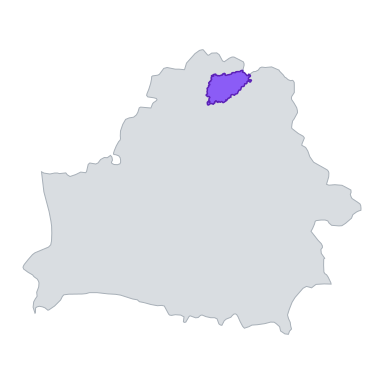 Polotsk, Vitebsk, Belarus (highlighted)
{"feature_id": "67162791B45929653886900", "entity_name": "Polotsk", "entity_type": "district", "adm_level": 2, "iso_a3": "BLR", "parent_name": "Belarus", "parent_adm1": "Vitebsk", "projection": "albers", "projection_center": [28.82, 55.497], "detail": "fine", "context": "in_parent", "style": "filled", "palette": "violet", "viewbox_px": 384, "rotation_deg": 0, "n_neighbors": 0, "source": "geoboundaries", "source_scale": "gbopen_adm2", "svg_char_len": 8658}
<svg xmlns="http://www.w3.org/2000/svg" viewBox="0 0 384 384"><path d="M331.1,284.1L324.2,283.9L316.0,284.4L311.6,287.8L306.5,286.4L303.0,288.3L295.1,297.4L292.1,302.2L289.2,309.6L287.5,315.0L288.6,318.8L290.2,322.3L290.7,326.0L291.5,329.0L289.5,331.2L288.4,334.3L284.9,333.9L280.6,331.0L279.6,326.7L276.3,323.7L274.1,322.2L270.6,322.1L264.9,323.6L257.5,324.7L251.9,325.1L248.9,326.7L244.4,328.2L242.7,326.4L240.1,321.5L238.0,316.7L236.6,314.5L235.4,313.9L233.9,314.1L232.2,315.6L230.9,317.2L226.2,319.1L224.2,320.8L221.9,325.3L220.4,325.0L218.9,323.9L217.1,318.9L214.6,317.7L210.7,317.7L205.9,316.6L202.0,315.0L200.5,315.4L198.2,317.5L195.6,317.8L190.1,315.8L189.0,316.6L185.8,322.1L184.2,322.4L183.4,321.7L184.0,316.9L180.8,315.1L175.3,314.7L171.5,315.4L169.7,315.1L168.7,314.2L164.3,306.0L161.8,305.4L157.4,305.7L150.9,304.5L143.5,302.5L139.4,301.7L137.3,299.8L132.7,299.0L120.5,295.1L115.5,294.3L108.1,293.9L96.8,292.6L89.6,292.6L86.1,293.6L82.2,294.0L68.8,294.2L63.9,294.8L62.4,296.4L60.6,300.0L54.6,306.0L48.9,309.9L47.9,310.2L44.9,307.8L42.3,306.8L39.3,306.3L37.0,306.9L35.6,307.9L35.4,312.8L35.0,313.2L33.1,307.2L33.7,301.9L35.3,298.9L37.1,296.3L36.7,292.2L38.7,286.9L39.0,282.9L38.5,281.2L37.3,279.1L34.0,276.7L32.6,274.9L28.1,272.3L23.7,269.1L23.0,267.3L23.4,266.1L24.3,264.4L28.3,259.4L32.5,254.6L35.1,252.7L48.5,247.1L50.7,244.9L51.5,241.1L51.8,233.2L51.6,226.0L50.9,221.0L49.1,211.6L43.9,191.9L41.5,171.8L44.0,173.1L49.9,174.0L54.8,173.0L57.3,173.0L59.5,173.6L65.8,172.9L67.3,174.8L70.0,176.5L75.6,174.6L80.7,172.1L85.7,172.7L86.6,171.4L88.2,164.4L89.8,163.0L95.8,164.0L98.1,162.9L100.6,159.5L104.3,157.5L107.3,157.7L110.5,155.4L111.9,157.1L112.5,160.1L111.4,162.3L111.8,163.3L113.9,164.5L117.5,164.7L119.9,163.8L120.6,162.5L120.6,160.1L120.2,157.8L118.7,155.8L115.8,154.7L113.8,154.5L113.5,153.3L114.3,150.7L116.3,145.9L118.7,141.6L120.2,140.0L120.5,138.4L120.3,135.8L120.5,131.0L122.8,124.3L125.6,119.4L129.2,117.9L133.6,117.2L136.4,114.9L137.9,112.2L139.2,107.9L140.6,107.1L150.9,108.0L152.6,103.7L153.6,102.5L155.6,101.3L157.0,99.8L156.5,98.6L153.9,97.8L147.8,96.9L146.6,95.4L147.0,93.7L148.8,89.3L150.6,83.6L151.5,79.2L151.7,76.6L152.6,75.9L157.6,75.2L159.3,74.4L163.8,68.4L167.1,67.5L175.5,69.2L179.3,69.2L184.3,69.7L184.7,69.1L186.5,63.1L195.0,53.6L199.5,50.4L202.3,49.7L203.2,49.8L207.6,55.0L208.7,55.2L211.7,53.1L216.8,52.9L219.2,54.7L222.5,60.9L224.3,61.7L229.3,58.2L232.1,57.0L233.9,57.0L243.3,61.8L244.0,63.4L244.1,65.2L242.7,70.8L244.7,74.3L247.0,76.7L251.8,72.7L253.6,71.6L255.6,71.5L258.2,70.1L260.0,67.8L261.8,67.1L265.3,67.5L271.6,66.9L279.0,70.1L279.6,71.2L283.4,75.1L284.7,77.1L285.9,77.7L288.0,79.6L290.6,80.7L292.4,80.3L293.3,80.9L294.2,82.4L294.3,85.0L294.3,92.5L291.7,96.5L291.4,97.9L291.6,99.5L293.8,102.7L296.7,107.7L297.4,110.6L297.5,112.7L293.9,119.3L292.7,120.8L292.0,124.0L291.6,127.2L291.9,128.5L298.3,133.5L303.0,136.1L304.1,137.4L304.3,138.2L302.0,143.8L301.8,145.3L305.6,147.4L307.8,151.0L309.8,156.7L313.6,162.2L327.2,169.9L328.4,171.3L328.9,173.0L328.7,176.9L326.5,184.3L328.9,185.2L334.8,184.7L342.0,185.3L350.9,190.0L351.1,192.3L350.3,194.4L351.0,196.6L352.0,198.5L359.9,203.8L360.7,205.5L361.0,208.3L360.9,210.3L358.8,210.9L356.5,212.0L352.9,214.6L351.5,218.2L345.6,223.3L341.9,225.7L338.9,225.9L331.6,225.3L329.0,223.0L327.8,220.9L325.0,220.0L321.3,220.0L316.2,220.6L315.2,221.3L314.5,224.0L312.5,228.7L311.0,231.3L317.9,240.1L321.3,243.7L322.4,245.9L322.4,247.6L320.9,249.5L321.3,253.4L324.7,258.3L323.7,259.1L323.6,265.4L323.9,272.0L324.8,273.6L326.6,274.8L328.2,277.2L330.8,282.6L331.1,284.1Z" fill="#d9dde1" stroke="#a8b0b8" stroke-width="1"/><path d="M248.9,74.2L248.4,74.8L247.4,75.5L247.0,75.6L246.5,75.1L245.6,74.0L244.8,73.1L244.0,72.5L243.6,72.4L243.0,72.4L242.6,72.1L242.6,71.6L242.8,71.0L242.8,70.5L241.9,70.4L241.2,70.6L240.8,70.8L240.4,71.1L240.0,71.5L239.8,71.5L239.7,71.6L238.6,71.6L238.0,71.6L236.3,71.7L236.1,71.8L235.7,72.0L235.6,72.5L235.4,72.6L232.7,72.6L232.4,72.8L232.3,73.0L232.1,73.1L231.9,73.0L231.7,73.1L231.6,73.5L231.5,73.8L231.4,74.0L231.2,74.1L230.9,74.2L230.5,74.3L230.2,74.4L230.0,74.5L229.5,74.5L229.1,74.7L228.4,74.7L228.1,74.7L227.4,75.0L226.6,75.2L226.1,75.4L225.7,75.4L225.3,75.1L225.2,74.9L225.2,74.7L225.2,74.2L225.1,73.9L225.0,73.7L224.7,73.6L224.4,73.6L224.2,73.4L223.9,73.5L223.8,73.9L223.5,74.0L223.4,74.0L223.0,73.9L222.9,73.9L222.6,74.3L222.3,74.5L222.2,74.6L222.2,75.0L221.5,75.2L221.0,75.4L220.9,75.4L220.5,75.4L220.2,75.5L219.8,75.7L219.5,75.8L219.2,75.8L218.9,75.7L218.7,75.6L218.3,75.7L218.0,75.8L217.9,75.8L217.7,75.8L217.0,75.3L216.8,75.3L216.5,75.3L216.1,75.3L216.0,75.2L215.9,75.1L215.9,74.5L215.8,74.3L215.7,74.2L215.1,74.1L214.4,74.4L213.6,74.5L213.1,74.8L213.0,75.1L213.2,75.3L213.4,75.5L213.6,75.6L213.7,75.9L213.6,76.0L213.4,76.1L212.8,76.2L212.7,76.1L212.4,75.8L212.3,75.7L212.1,75.5L211.8,75.6L211.7,75.6L211.5,75.8L211.4,76.0L211.5,76.2L211.8,76.5L211.7,77.0L211.5,77.3L211.2,77.6L211.2,77.8L211.2,78.2L211.2,78.4L211.2,78.6L211.4,78.8L211.6,79.0L211.6,79.5L211.3,79.9L211.1,80.2L210.9,80.2L210.8,80.5L210.7,80.7L210.7,81.1L210.6,81.3L210.2,81.4L209.9,81.4L209.7,81.5L209.5,82.1L209.0,82.5L208.9,82.6L208.7,82.9L208.8,83.5L209.1,83.9L209.3,84.1L209.6,84.2L209.7,84.3L209.8,84.6L209.7,84.8L209.3,85.0L208.9,85.1L208.7,85.3L208.6,85.6L208.8,85.7L208.8,85.9L208.7,86.2L208.7,86.5L208.2,87.2L208.0,87.4L207.6,87.9L207.2,88.2L207.1,88.4L207.2,88.7L207.2,88.9L207.3,89.1L207.4,89.3L207.3,89.8L207.3,90.2L207.3,90.7L207.2,91.2L207.1,91.4L207.0,91.7L207.1,92.1L207.3,92.6L207.3,93.1L207.3,93.3L207.4,93.5L207.4,93.8L207.3,94.0L206.8,94.3L206.5,94.5L206.3,94.7L206.3,95.0L206.2,95.3L206.3,95.5L206.6,95.7L207.1,96.0L207.3,96.3L207.4,96.5L207.8,96.6L208.2,96.6L208.5,96.5L208.8,96.5L209.1,96.6L209.4,96.7L209.5,96.9L209.6,97.1L209.6,97.3L209.8,97.6L209.7,97.7L209.4,98.1L209.2,98.4L209.1,98.7L209.0,99.7L209.0,99.9L208.8,100.1L208.9,100.4L208.9,100.5L209.1,100.7L209.3,100.9L209.4,101.0L209.6,101.2L209.8,101.5L209.8,101.9L209.7,102.1L209.5,102.3L209.3,102.3L209.1,102.2L208.9,102.1L208.7,101.9L208.5,101.7L208.2,101.4L208.0,101.5L207.9,101.7L207.4,102.2L207.3,102.4L207.3,102.5L207.3,102.9L207.3,103.3L207.4,103.5L207.4,103.9L207.5,104.4L207.6,104.7L207.8,104.8L208.2,105.0L208.5,104.9L208.8,104.8L209.0,104.7L209.6,104.3L209.8,104.0L210.2,103.7L210.5,103.5L210.8,103.4L211.1,103.5L211.3,103.6L211.9,103.6L212.1,103.7L212.4,103.8L212.7,104.0L212.9,104.1L213.4,104.1L213.5,104.1L213.7,103.7L213.8,103.5L213.8,103.4L214.2,103.2L214.6,103.1L214.7,102.9L214.7,102.7L214.7,102.3L214.7,102.0L214.8,101.8L215.2,101.8L215.4,101.7L215.5,101.3L215.5,101.1L215.7,100.9L215.9,100.8L216.2,100.9L216.3,101.0L216.8,101.8L217.2,101.8L217.3,102.0L217.6,102.3L217.8,102.4L218.0,102.4L218.1,102.1L218.2,101.7L218.3,101.7L218.7,101.5L218.9,101.5L219.2,101.6L219.5,101.8L219.7,102.0L220.0,102.2L220.4,102.2L220.8,101.9L221.1,101.7L221.3,101.6L221.5,101.6L221.8,101.6L222.2,101.8L222.4,102.1L222.8,102.5L223.1,102.6L223.5,102.5L224.3,102.1L224.5,101.9L224.9,101.6L225.1,101.5L225.4,101.3L225.7,101.1L226.0,100.9L226.3,100.7L226.2,100.6L225.9,100.5L225.8,100.4L225.8,100.2L225.9,99.9L226.1,99.9L226.4,99.9L226.5,100.0L226.9,100.0L227.1,99.8L227.3,99.6L227.5,99.3L227.7,99.0L228.1,98.4L228.4,98.2L228.6,98.1L229.1,98.1L229.3,98.0L229.5,97.8L229.9,97.3L230.1,97.2L230.4,97.1L230.6,97.0L230.8,97.1L230.9,96.7L230.8,96.2L230.8,95.9L230.9,95.7L231.0,95.3L231.1,95.0L231.3,94.8L231.7,94.6L232.0,94.6L232.5,94.6L233.1,94.7L233.4,94.8L233.7,95.0L233.9,95.1L234.4,95.2L234.7,95.0L234.9,94.8L235.1,94.4L235.2,94.2L235.5,94.1L236.1,93.9L236.8,93.8L237.3,93.5L237.6,93.1L237.7,92.9L237.7,92.6L237.9,92.3L238.0,91.9L238.3,91.5L238.4,91.2L238.6,90.9L238.7,90.4L239.0,90.2L239.3,90.1L240.0,90.1L240.3,90.0L240.5,89.9L240.6,89.7L240.7,89.4L240.9,89.1L240.9,88.7L241.2,88.0L241.3,87.4L241.4,87.1L241.6,86.8L242.1,86.6L243.3,86.5L243.8,86.3L244.0,86.2L244.3,85.7L244.4,85.2L244.5,84.7L244.7,84.1L244.7,83.9L245.0,83.7L245.3,83.7L245.5,83.8L246.0,83.8L246.3,83.7L246.7,83.4L247.0,82.9L247.0,82.3L247.1,81.6L247.3,81.4L247.8,81.4L248.1,80.9L248.4,81.0L248.6,81.1L249.0,81.3L249.3,81.6L249.5,81.9L249.7,82.0L250.3,82.0L250.5,81.9L250.8,81.4L251.1,80.9L251.3,80.6L251.4,80.4L251.2,80.0L251.0,79.9L250.9,79.9L250.7,80.0L250.3,80.0L250.0,79.7L249.8,79.7L249.6,79.8L249.5,80.0L249.4,80.1L249.2,80.1L249.0,79.9L248.8,79.8L248.6,79.6L248.4,79.3L248.4,78.8L248.5,78.4L248.5,78.1L248.6,77.9L248.7,77.7L249.1,77.2L249.9,76.7L250.1,76.5L250.3,76.3L250.4,76.1L250.4,75.9L250.4,75.7L250.3,75.2L250.2,75.1L249.8,75.2L249.8,75.5L249.7,75.7L249.5,75.8L249.3,75.9L249.0,75.8L248.9,75.6L249.1,75.3L249.3,75.1L249.3,74.9L249.4,74.7L249.2,74.4L248.9,74.2Z" fill="#8b5cf6" stroke="#5b21b6" stroke-width="1.5"/></svg>